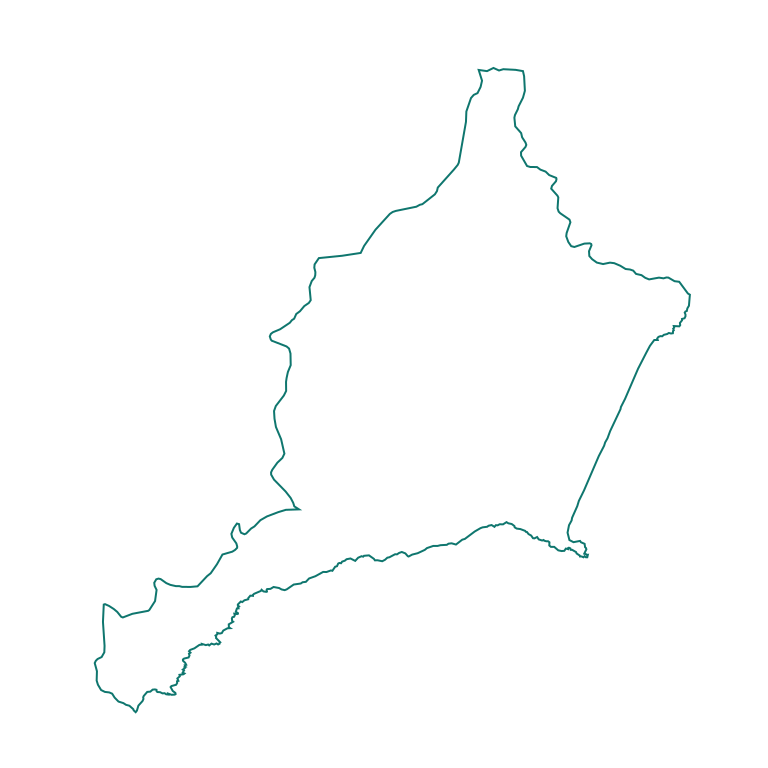 Ilo, Moquegua, Peru, rotated 265°
{"feature_id": "86281439B75431659471329", "entity_name": "Ilo", "entity_type": "district", "adm_level": 2, "iso_a3": "PER", "parent_name": "Peru", "parent_adm1": "Moquegua", "projection": "orthographic", "projection_center": [-71.301, -17.537], "detail": "fine", "context": "isolated", "style": "outline", "palette": "teal", "viewbox_px": 768, "rotation_deg": 265, "n_neighbors": 0, "source": "geoboundaries", "source_scale": "gbopen_adm2", "svg_char_len": 6110}
<svg xmlns="http://www.w3.org/2000/svg" viewBox="0 0 768 768"><g transform="rotate(265 384 384)"><path d="M688.6,505.7L677.6,508.1L671.5,506.1L665.6,502.5L664.2,498.6L661.3,495.6L648.3,489.8L638.0,488.5L598.0,477.8L595.8,476.5L591.5,472.3L575.0,454.7L571.6,453.6L568.5,451.2L559.8,437.9L559.4,435.3L557.8,431.7L555.4,410.9L554.6,407.6L552.9,404.6L538.5,389.0L523.3,376.2L516.6,372.2L515.4,353.4L515.1,330.1L509.2,325.3L505.9,324.7L501.5,325.4L498.4,325.0L495.9,324.0L492.9,321.0L487.0,318.2L473.9,318.3L471.3,316.2L468.6,311.4L463.8,306.6L461.4,302.7L456.9,300.2L455.6,297.8L453.2,295.5L447.6,285.3L445.2,277.9L443.8,275.7L441.4,274.4L438.2,275.1L436.9,276.0L429.9,290.2L427.6,292.5L422.5,293.5L410.9,292.7L404.3,289.3L398.5,287.5L394.7,286.6L385.6,285.9L381.2,283.2L371.5,274.3L366.7,272.1L359.0,271.9L350.6,272.6L337.9,276.7L323.3,278.7L319.2,276.3L314.9,270.9L308.4,265.3L305.8,263.8L303.5,263.7L298.3,266.1L285.5,276.6L278.6,281.1L273.5,283.2L269.9,284.0L266.5,288.4L267.2,275.3L265.6,267.6L262.3,255.9L259.1,249.0L253.4,242.5L251.6,239.0L247.1,233.7L246.5,231.9L248.3,228.6L251.1,227.7L257.0,227.4L257.8,225.3L253.8,221.9L248.0,218.9L244.3,219.4L238.1,223.0L235.0,223.6L233.6,223.4L231.7,221.2L230.2,218.3L228.2,208.2L219.0,201.9L210.6,194.9L208.0,191.0L198.7,180.6L198.7,173.7L199.5,165.2L200.5,162.4L200.8,159.0L202.5,153.7L204.6,149.8L209.1,144.5L209.8,142.4L209.3,140.1L206.0,137.8L202.9,137.9L198.7,139.5L187.7,137.0L179.3,130.5L178.6,129.3L177.0,113.3L174.2,103.5L175.0,101.9L180.2,98.4L183.4,95.2L186.9,90.7L189.0,86.9L188.7,85.6L171.5,83.3L147.5,82.8L141.1,82.0L136.6,78.9L135.0,74.7L133.4,72.8L131.2,71.5L122.9,73.0L113.6,71.9L109.4,72.8L103.8,75.5L101.6,79.1L100.7,83.4L99.2,86.2L95.1,88.3L90.8,91.8L88.8,96.6L86.9,99.0L85.7,102.3L81.9,105.9L80.7,106.2L78.7,108.0L80.2,109.4L85.0,111.3L89.2,115.8L91.2,116.9L92.9,116.8L94.2,117.5L97.9,121.3L97.9,124.4L99.7,126.9L99.7,129.2L99.2,130.7L97.7,130.7L96.9,131.4L96.5,134.1L95.1,136.4L95.1,138.5L93.9,139.9L93.4,142.2L94.4,142.0L92.9,145.3L92.8,148.5L93.3,149.4L94.5,149.2L96.6,146.8L100.7,145.0L101.6,145.9L102.5,150.7L104.2,151.9L105.9,151.9L106.2,153.3L108.7,152.5L110.6,155.1L112.1,154.9L112.3,158.9L113.0,160.0L114.0,158.3L116.1,159.8L117.0,158.7L118.5,161.0L119.2,160.6L119.5,161.6L120.0,161.0L120.6,161.4L121.2,161.1L121.5,162.5L123.6,161.6L125.9,159.6L127.1,159.7L127.9,160.9L128.6,165.5L130.5,166.6L132.3,166.2L133.2,167.8L134.8,166.5L136.0,167.8L137.2,172.1L140.2,177.4L140.2,179.8L141.0,179.8L139.4,183.8L139.8,186.1L138.8,187.1L140.4,189.5L139.3,192.1L140.1,194.6L139.0,196.0L139.6,197.5L140.2,197.5L140.9,198.4L145.6,194.5L146.7,194.8L148.1,194.2L149.1,196.1L150.6,196.2L149.7,198.7L150.0,200.7L152.4,202.4L154.3,206.8L154.2,209.4L155.1,208.3L158.1,208.4L160.3,213.0L161.2,212.1L163.7,212.0L164.9,212.7L165.2,214.4L166.6,215.2L168.2,214.9L167.6,217.6L167.9,218.5L168.5,218.5L170.0,216.5L173.2,217.9L173.2,219.5L174.6,219.2L175.0,220.2L176.4,219.1L177.1,219.2L179.8,222.4L179.1,223.8L180.7,226.1L181.4,230.0L182.5,230.1L184.8,232.4L184.4,235.0L185.3,235.0L186.3,236.3L188.6,243.3L189.7,244.1L187.9,245.8L187.2,248.6L187.4,249.3L189.1,249.1L189.9,249.7L189.8,253.0L191.4,256.3L189.9,261.7L188.3,264.0L187.3,267.1L187.9,269.2L192.1,276.6L192.5,283.7L193.6,285.6L193.7,288.9L196.8,292.4L198.5,298.9L202.1,307.0L201.7,310.3L202.9,314.9L202.4,316.3L206.2,319.4L206.6,321.3L209.1,322.7L209.6,323.9L209.2,325.6L210.7,326.8L211.4,329.6L212.7,331.4L213.1,335.4L210.3,339.9L213.2,343.1L214.4,346.6L213.8,348.2L214.6,349.1L214.6,354.1L210.7,358.7L209.1,359.6L209.0,362.1L207.6,366.8L208.8,369.7L210.7,372.2L210.9,374.2L213.4,380.1L213.2,382.2L214.4,384.3L215.1,387.1L213.4,390.5L210.4,392.7L210.0,393.5L211.6,397.2L212.5,402.8L215.2,410.2L216.8,412.5L218.4,419.0L218.0,423.2L218.5,426.2L218.3,432.6L219.3,434.3L219.4,437.5L217.8,441.7L222.1,448.4L222.6,451.0L229.2,461.6L232.0,467.6L232.6,469.7L232.8,474.4L233.7,475.8L234.1,478.9L232.1,481.6L233.6,483.1L233.3,484.9L234.2,487.0L233.8,490.3L235.7,494.0L234.4,495.7L233.4,499.0L231.2,501.5L229.8,501.7L228.4,503.6L227.6,507.2L225.4,511.8L224.4,512.4L224.1,513.5L221.9,514.9L220.2,517.4L217.4,519.0L217.1,520.4L218.2,523.2L215.7,524.6L214.3,527.9L214.7,529.4L213.9,530.0L213.2,531.9L213.0,533.8L211.9,535.0L208.7,534.6L207.2,536.1L206.9,539.4L203.1,543.1L202.1,546.4L202.1,549.1L204.2,550.8L203.4,553.1L204.5,553.1L204.8,553.9L204.0,555.3L202.5,555.7L202.4,557.0L199.8,560.7L198.4,561.1L196.0,564.1L195.1,564.2L195.0,565.8L194.0,567.6L195.0,568.8L193.8,570.0L193.7,571.4L195.8,572.1L195.6,571.4L196.5,571.1L197.5,568.7L201.7,571.2L203.0,570.9L203.9,570.1L207.3,569.9L209.2,566.4L210.6,565.6L209.9,559.0L212.4,555.1L219.9,553.9L227.2,556.0L231.7,559.0L234.3,559.7L245.5,565.9L250.5,567.9L260.6,574.0L293.5,591.7L303.3,597.9L306.5,599.2L310.4,601.9L317.4,605.2L338.3,617.4L340.4,618.0L348.1,622.8L377.2,638.5L392.3,648.0L398.9,652.3L404.3,657.1L404.0,660.5L405.5,660.1L407.0,661.5L407.6,663.6L407.3,665.3L408.6,667.1L409.1,670.4L410.0,672.2L409.3,674.3L409.4,676.2L411.7,676.6L412.3,677.4L413.9,676.9L414.8,678.0L416.5,677.7L415.7,683.2L416.8,684.2L419.0,684.1L421.5,686.5L422.8,686.5L423.3,689.1L425.1,690.2L426.9,690.4L428.9,689.8L430.0,690.7L430.3,692.0L432.9,692.8L435.4,694.6L446.3,696.5L447.7,694.6L460.1,687.0L461.1,682.4L465.2,676.6L465.5,674.6L464.9,671.7L466.0,667.2L465.1,657.2L467.0,653.5L470.0,650.0L471.7,644.7L475.2,642.2L476.6,639.1L477.5,634.7L481.2,629.7L484.3,623.9L485.2,619.7L484.4,612.7L486.4,606.6L490.2,602.2L493.6,599.7L498.4,599.8L504.1,602.8L505.4,602.6L506.2,601.3L506.4,595.8L503.9,585.6L505.0,582.5L509.4,580.0L515.3,578.4L518.5,579.1L528.9,583.8L531.6,583.1L538.7,574.5L540.5,573.0L544.0,572.2L554.7,573.9L556.5,573.2L564.0,567.6L566.7,568.6L571.0,573.0L573.1,573.7L574.3,573.5L577.7,566.8L581.5,563.5L583.9,558.5L586.8,555.3L587.4,548.7L588.7,545.5L599.5,540.5L603.0,540.7L607.8,545.6L609.8,546.6L612.2,546.0L617.7,543.1L622.0,542.5L629.2,537.2L637.9,537.1L640.5,537.9L646.1,541.3L648.9,542.3L657.1,547.4L663.8,549.9L678.4,550.4L683.6,549.7L685.5,542.4L687.2,530.3L686.3,525.9L689.3,520.6L686.7,513.9L688.6,505.7Z" fill="none" stroke="#0f766e" stroke-width="2"/></g></svg>